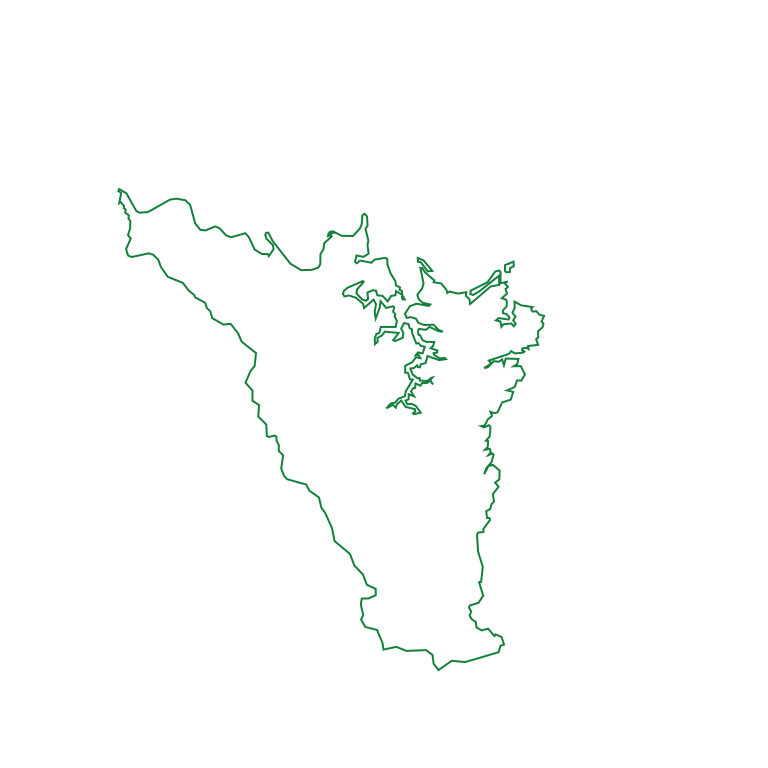 Hornsby, New South Wales, Australia, rotated 334°
{"feature_id": "25037944B15233431502175", "entity_name": "Hornsby", "entity_type": "district", "adm_level": 2, "iso_a3": "AUS", "parent_name": "Australia", "parent_adm1": "New South Wales", "projection": "robinson", "projection_center": [151.145, -33.572], "detail": "fine", "context": "isolated", "style": "outline", "palette": "green", "viewbox_px": 768, "rotation_deg": 334, "n_neighbors": 0, "source": "geoboundaries", "source_scale": "gbopen_adm2", "svg_char_len": 6164}
<svg xmlns="http://www.w3.org/2000/svg" viewBox="0 0 768 768"><g transform="rotate(334 384 384)"><path d="M231.4,92.7L229.9,94.0L231.4,97.2L225.3,105.4L227.0,105.1L228.4,110.2L227.2,111.7L228.3,114.2L226.5,116.4L228.6,120.5L226.9,123.1L227.4,126.4L223.9,133.0L219.2,137.9L220.1,142.3L211.3,149.7L210.3,156.3L212.9,159.3L229.8,163.4L233.3,166.8L235.6,173.3L234.8,180.8L236.6,192.8L247.5,204.9L249.4,214.3L252.5,221.1L252.1,223.3L258.9,232.5L258.1,238.2L259.7,242.4L258.5,249.5L265.7,260.2L272.5,262.7L275.1,274.4L274.6,283.5L282.5,300.1L275.7,311.0L269.4,314.1L260.1,322.1L262.9,332.4L258.4,341.4L262.5,348.2L256.7,358.1L260.4,368.9L255.9,379.4L257.7,381.3L263.3,382.4L264.1,384.3L262.5,388.1L262.7,392.8L260.0,398.1L262.1,403.8L254.6,414.8L253.9,423.0L255.3,427.2L270.0,440.3L270.2,447.3L275.8,457.5L273.5,467.5L274.6,474.2L274.1,490.6L270.7,503.5L278.9,521.8L277.8,534.3L281.6,545.9L280.6,557.0L286.7,564.6L284.0,570.2L276.2,570.0L269.9,567.1L266.4,572.4L264.0,582.5L260.1,585.8L260.7,594.1L269.9,602.0L269.1,616.3L267.1,622.5L279.8,625.6L287.1,633.7L305.1,641.6L308.8,648.7L306.0,657.2L307.6,665.0L323.5,662.5L335.1,669.5L369.4,675.3L374.0,670.3L377.6,670.9L378.8,663.1L374.6,658.0L372.8,659.0L370.3,649.5L363.8,648.3L360.4,643.4L362.2,638.0L359.7,633.9L359.5,629.7L362.6,626.6L362.4,622.2L364.1,620.7L373.0,622.1L380.3,617.8L382.6,603.8L384.6,604.4L392.6,591.7L395.1,575.8L401.5,560.3L403.6,558.8L408.4,560.7L409.9,557.8L419.7,552.7L420.0,550.6L417.9,549.5L420.1,543.2L424.7,542.9L428.1,539.0L431.3,538.0L433.6,530.7L442.0,526.5L440.6,521.4L445.8,520.3L450.0,512.5L446.5,504.5L441.9,503.5L434.5,509.0L439.1,504.5L446.1,501.6L451.6,495.5L450.9,494.0L446.7,493.7L450.1,492.1L450.7,488.7L445.9,487.4L449.8,485.9L452.6,480.9L450.7,479.6L456.0,477.5L460.9,469.2L460.3,467.0L454.8,466.9L452.8,464.4L456.2,465.4L461.9,461.3L467.2,460.0L467.5,455.8L470.5,458.7L473.6,459.2L482.1,452.4L491.1,453.6L496.7,447.8L491.8,443.7L500.1,444.0L505.3,439.1L508.9,441.2L514.9,437.2L514.8,427.9L508.3,424.9L512.5,424.5L515.8,420.4L504.6,414.5L500.0,419.8L501.0,413.7L497.0,414.3L492.6,411.6L484.5,414.5L481.0,413.5L487.9,412.9L489.3,411.1L488.6,408.9L509.6,411.7L512.6,410.2L515.2,414.0L522.9,416.8L524.4,416.3L522.9,414.1L523.9,412.7L527.8,413.8L529.3,416.0L530.1,413.0L539.7,416.4L540.4,410.4L543.0,409.8L545.6,404.1L551.4,402.5L553.9,399.4L552.9,397.0L557.7,393.0L554.0,389.7L552.9,385.4L549.2,384.0L549.2,380.7L551.3,380.0L541.8,373.5L537.5,367.2L534.9,372.9L530.7,376.2L531.7,381.0L528.0,383.4L528.8,387.6L526.0,389.0L524.9,385.4L517.6,382.7L514.6,384.1L516.1,378.8L512.5,375.9L515.9,375.0L524.1,380.6L526.0,379.3L524.8,374.8L521.9,372.5L523.1,370.0L528.3,368.0L530.7,363.4L530.6,361.5L527.5,358.6L534.2,356.6L534.9,351.9L538.0,351.1L536.6,346.6L540.1,346.1L532.8,344.6L537.7,334.8L537.4,332.5L533.2,331.7L521.7,337.9L502.8,338.1L501.1,341.0L503.0,343.0L509.9,342.6L534.9,337.1L531.0,345.4L522.6,343.1L496.5,349.9L498.0,345.1L496.2,340.6L498.2,337.6L489.9,335.0L483.4,329.6L480.8,330.0L481.4,326.8L479.5,318.7L473.2,314.3L474.6,312.8L469.9,301.8L469.2,296.6L467.6,295.6L463.6,311.0L460.2,314.8L453.1,318.4L452.4,323.3L454.6,328.1L460.5,332.8L458.5,333.5L448.4,326.1L441.4,325.4L433.7,330.0L433.4,334.5L437.3,335.6L441.3,339.2L441.7,344.1L445.9,348.6L454.5,352.4L456.8,359.4L459.9,362.8L456.2,360.5L450.0,352.7L445.3,353.6L439.4,349.7L437.4,352.1L436.6,354.8L437.8,356.0L437.9,361.6L440.6,364.8L447.6,368.2L444.7,371.4L441.6,372.3L446.7,377.4L445.7,379.0L442.0,378.1L442.0,380.3L445.4,385.5L450.0,387.1L450.6,388.8L444.0,386.7L435.4,377.9L430.6,383.4L425.7,382.4L423.6,384.8L421.8,383.6L421.9,381.7L418.0,382.8L414.5,381.6L413.9,388.0L416.8,393.7L418.6,394.2L417.7,396.6L424.5,400.4L429.2,399.2L430.3,399.4L427.2,400.7L427.9,405.9L426.7,401.0L423.4,402.0L418.6,399.8L416.0,401.5L412.6,397.3L410.3,401.2L408.3,400.6L404.9,402.6L405.6,408.3L401.7,404.0L399.4,408.6L396.1,408.3L396.1,412.5L400.1,413.9L403.0,417.6L404.5,425.9L397.6,424.2L397.2,423.0L400.1,422.3L400.7,420.0L393.5,414.2L392.2,406.4L386.6,408.0L384.2,410.4L382.9,406.7L375.5,406.9L381.5,404.5L386.1,405.6L390.6,403.5L397.4,404.2L400.1,400.3L411.8,392.7L409.4,391.2L410.4,384.6L408.0,383.0L411.1,376.9L418.8,376.8L424.5,374.0L428.0,376.7L427.9,372.8L425.3,372.1L428.4,370.5L432.1,373.4L437.0,368.4L433.9,365.8L432.9,362.2L430.8,361.8L431.5,351.1L433.1,346.9L431.5,345.1L432.3,340.9L428.7,338.0L423.7,341.8L423.8,346.5L421.0,350.7L412.9,350.3L411.5,348.7L419.5,344.5L407.7,337.3L403.3,339.5L398.3,339.7L396.7,343.4L393.4,344.2L395.7,338.9L399.2,335.6L402.0,336.2L406.2,331.3L419.5,337.8L423.2,333.0L423.2,328.0L424.8,326.3L423.9,323.0L426.8,319.5L426.3,318.1L419.3,316.6L417.2,308.1L413.3,313.9L405.3,321.4L407.2,315.1L411.8,308.8L411.6,303.6L399.4,307.0L400.4,302.8L396.5,294.1L391.4,289.1L386.9,288.0L386.5,285.1L388.8,282.7L393.5,281.5L410.1,282.2L410.5,283.3L401.3,287.2L398.9,290.5L401.4,298.4L404.2,301.3L407.1,300.5L409.1,294.6L414.7,294.7L417.7,296.6L416.9,301.3L421.4,304.3L423.5,311.3L429.0,308.0L433.2,309.2L435.6,305.8L439.2,311.4L440.1,310.6L440.8,308.2L439.3,306.0L440.8,304.2L437.9,300.7L439.3,296.6L438.4,287.8L439.4,278.3L441.8,272.9L440.1,271.0L430.2,268.1L425.7,269.4L416.5,262.5L412.5,263.6L411.5,261.3L415.6,256.5L421.3,260.7L427.3,260.1L430.1,251.8L432.8,248.3L435.4,236.3L438.6,234.5L442.2,226.0L441.2,222.5L438.6,222.8L434.1,230.5L430.5,233.7L421.0,237.4L411.0,232.3L404.9,224.2L403.0,223.8L404.2,225.7L400.3,224.2L398.5,226.5L401.8,226.8L401.7,228.4L391.9,231.3L388.7,236.4L383.9,239.3L379.2,248.5L376.2,250.5L369.0,249.7L359.4,245.3L352.6,234.8L346.6,206.6L346.4,197.3L344.3,196.4L342.4,198.3L342.1,202.0L345.0,210.5L343.8,214.5L336.5,218.6L336.5,216.3L331.3,213.6L326.7,206.5L326.9,192.8L325.5,187.7L310.9,185.1L307.2,181.1L304.4,171.8L301.4,168.4L290.8,167.7L286.5,164.9L284.7,156.9L288.3,137.8L285.9,131.7L278.6,126.4L272.4,124.5L247.1,126.0L239.1,122.7L237.2,119.8L236.1,99.8L231.4,92.7ZM470.4,290.5L472.7,302.0L477.0,303.5L473.7,290.2L469.6,285.5L468.1,289.2L470.4,290.5ZM542.3,335.4L543.0,337.3L546.3,338.5L548.0,335.1L552.4,334.9L554.0,330.8L544.9,330.2L542.3,335.4ZM437.8,316.2L439.7,317.1L439.4,312.6L438.3,313.5L437.8,316.2Z" fill="none" stroke="#15803d" stroke-width="2"/></g></svg>